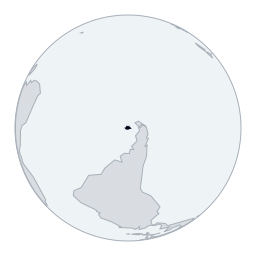 the Earth from above Falkland Islands, rotated 187°
{"feature_id": "FLK", "entity_name": "Falkland Islands", "entity_type": "country or territory", "adm_level": 0, "iso_a3": "FLK", "parent_name": "South America", "parent_adm1": "", "projection": "orthographic", "projection_center": [-59.536, -51.789], "detail": "coarse", "context": "on_globe", "style": "filled", "palette": "ink", "viewbox_px": 256, "rotation_deg": 187, "n_neighbors": 0, "source": "natural_earth", "source_scale": "50m", "svg_char_len": 3371}
<svg xmlns="http://www.w3.org/2000/svg" viewBox="0 0 256 256"><g transform="rotate(187 128 128)"><circle cx="128" cy="128" r="113" fill="#eef3f6" stroke="#a8b0b8"/><path d="M48.7,48.0L48.8,48.2L46.7,50.1L46.5,50.3L48.7,48.0ZM102.6,18.3L102.4,18.3L92.3,21.5L91.7,23.5L88.0,23.3L84.1,24.6L79.2,26.8L79.0,27.0L72.9,30.0L66.6,33.9L63.4,37.2L64.8,38.1L71.7,34.3L74.2,32.0L79.6,29.4L74.8,34.8L84.0,31.6L82.6,35.4L85.1,36.4L89.9,34.4L94.9,34.0L98.7,30.9L104.7,28.5L104.6,31.6L108.1,28.2L111.3,29.2L123.5,28.2L122.5,28.9L132.7,32.8L144.1,35.5L146.7,38.7L145.3,40.3L149.3,41.4L149.4,42.6L165.7,48.2L174.1,54.3L174.0,59.3L167.1,63.2L161.3,76.2L149.0,78.8L146.3,85.1L137.3,94.7L129.8,93.4L132.3,99.1L128.5,102.5L123.7,102.8L123.2,107.1L119.7,107.4L122.3,110.1L117.4,116.3L119.6,121.2L116.1,126.7L117.7,129.7L116.1,129.8L114.7,131.2L114.8,133.1L109.7,130.9L107.4,124.2L108.6,120.4L106.5,120.3L109.0,111.3L107.0,113.4L106.2,101.7L108.4,92.2L108.4,69.7L105.8,66.1L97.1,63.5L86.6,53.7L89.1,48.3L86.9,46.9L94.0,39.1L92.4,34.9L89.9,35.0L87.3,37.5L79.1,37.7L76.6,35.9L53.8,45.6L51.9,46.4L52.7,44.8L50.8,46.0L57.2,40.4L64.0,35.3L71.1,30.8L78.6,26.8L86.4,23.3L94.4,20.5L102.6,18.3ZM90.7,24.7L101.3,23.5L94.9,25.3L96.2,24.6L93.6,24.6L88.6,25.6L83.1,27.9L90.7,24.7ZM96.4,21.7L94.5,22.1L96.4,21.6L96.4,21.7ZM118.5,136.1L110.2,131.9L114.7,133.5L117.2,130.3L121.7,134.0L118.5,136.1ZM126.0,128.1L129.2,126.7L130.2,127.6L128.2,128.8L126.0,128.1ZM238.3,150.9L237.0,156.1L234.7,161.5L233.7,157.9L230.4,163.5L229.4,161.2L227.1,163.8L224.4,163.5L221.1,160.9L219.2,151.8L221.7,148.6L224.7,139.0L230.1,120.6L233.4,117.5L234.4,112.5L232.7,96.7L233.2,93.1L232.1,89.2L230.2,86.1L228.5,81.6L227.1,79.4L216.0,67.8L210.9,60.7L200.8,46.6L201.5,45.2L198.7,41.5L200.8,42.0L206.7,47.4L212.3,53.3L217.4,59.5L222.1,66.1L226.3,72.9L229.9,80.1L233.1,87.5L235.7,95.1L237.8,102.9L239.3,110.8L240.3,118.8L240.6,126.9L240.4,134.9L239.6,143.0L238.3,150.9ZM123.9,28.1L125.3,28.7L123.3,28.7L123.9,28.1ZM93.8,26.4L96.1,25.9L97.3,25.9L95.4,26.5L93.8,26.4ZM113.9,22.7L116.7,22.6L113.7,23.1L113.9,22.7ZM103.0,23.4L111.7,22.9L105.9,24.4L100.5,24.9L104.4,23.9L103.0,23.4ZM94.9,22.9L96.3,22.6L95.7,23.0L94.9,22.9ZM97.8,21.3L97.2,21.5L96.6,21.5L97.8,21.3ZM186.3,216.7L183.9,217.8L185.1,216.6L186.3,216.7ZM230.3,175.2L230.1,175.5L225.9,180.4L227.2,176.3L229.8,172.3L233.0,168.0L232.1,170.9L232.2,170.7L230.3,175.2ZM61.3,215.2L60.2,213.4L63.5,215.0L67.8,217.5L71.7,220.7L61.3,215.2ZM92.7,233.9L92.9,234.6L88.2,232.8L90.2,232.9L92.7,233.9ZM58.3,213.1L55.4,211.4L54.3,211.8L54.6,210.7L52.4,207.7L59.3,212.5L58.3,213.1ZM80.0,229.9L83.9,231.5L89.8,233.7L91.0,234.3L93.5,235.1L97.4,236.4L98.3,236.6L89.0,233.7L80.0,229.9Z" fill="#d9dde1" stroke="#a8b0b8" stroke-width="1"/><path d="M128.8,127.0L129.4,127.1L129.3,127.4L129.5,127.6L129.6,127.3L129.9,127.2L130.1,127.5L129.9,127.6L130.1,127.7L129.0,128.3L129.1,128.6L128.4,128.5L128.6,128.8L128.2,128.8L128.2,129.0L128.0,128.9L127.9,128.7L128.0,128.3L128.6,127.8L128.5,127.4L128.8,127.0ZM127.1,127.4L128.2,127.2L128.3,127.3L127.5,128.4L127.1,128.4L127.0,128.7L126.6,128.8L126.3,128.5L127.1,128.0L126.7,127.9L127.1,127.7L126.7,127.2L127.1,127.4ZM126.0,128.1L126.4,128.0L126.3,128.3L126.0,128.1ZM127.3,127.1L127.1,127.2L127.3,127.1ZM127.8,128.8L127.7,128.9L127.7,128.7L127.8,128.8ZM129.3,128.4L129.3,128.6L129.2,128.5L129.3,128.4Z" fill="#0f172a" stroke="#020617" stroke-width="1.5"/></g></svg>